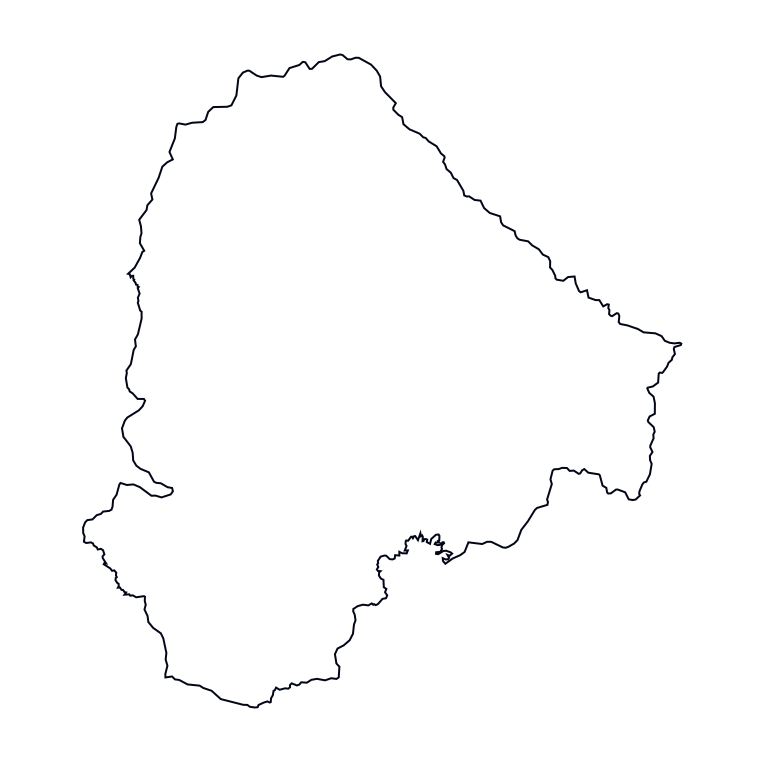 outline of Thung Chang, Nan, Thailand, rotated 92°
{"feature_id": "78962969B15263035639364", "entity_name": "Thung Chang", "entity_type": "district", "adm_level": 2, "iso_a3": "THA", "parent_name": "Thailand", "parent_adm1": "Nan", "projection": "orthographic", "projection_center": [100.958, 19.488], "detail": "fine", "context": "isolated", "style": "outline", "palette": "ink", "viewbox_px": 768, "rotation_deg": 92, "n_neighbors": 0, "source": "geoboundaries", "source_scale": "gbopen_adm2", "svg_char_len": 6127}
<svg xmlns="http://www.w3.org/2000/svg" viewBox="0 0 768 768"><g transform="rotate(92 384 384)"><path d="M486.4,124.2L485.1,125.1L482.5,125.0L475.3,122.3L473.3,120.8L472.5,118.4L465.0,115.1L454.5,113.7L450.9,115.4L446.6,115.8L442.6,113.3L438.0,115.7L436.3,115.7L428.9,112.7L425.1,113.1L422.3,111.8L417.8,112.9L412.8,118.5L411.2,119.1L407.2,117.4L404.3,112.3L393.6,112.6L387.2,114.2L383.6,118.6L379.3,120.7L378.5,120.4L377.0,115.1L373.0,110.1L364.1,109.8L363.0,108.9L363.2,106.5L362.5,105.6L356.7,101.7L352.9,100.4L349.8,97.2L347.2,96.7L343.9,94.3L338.8,95.6L336.9,95.0L334.7,88.7L333.3,88.3L332.5,89.8L333.3,95.4L332.8,100.1L331.0,104.9L326.5,108.2L323.9,114.5L323.3,126.4L320.2,132.1L316.9,142.9L315.8,150.0L313.9,151.6L307.8,151.2L305.4,152.3L305.1,153.9L308.2,158.3L307.9,159.8L306.3,161.5L302.3,161.3L300.3,162.5L296.8,162.1L296.5,163.8L298.8,167.6L292.7,171.7L292.7,175.7L290.5,182.6L283.2,184.4L285.5,190.6L284.3,192.3L276.8,195.9L269.9,197.3L270.7,203.8L274.6,208.4L273.7,215.0L272.5,216.3L269.8,216.7L264.0,219.8L261.8,222.1L255.5,222.2L251.5,224.2L249.1,229.8L244.0,233.9L240.3,240.7L236.4,244.9L235.1,253.4L233.9,255.6L231.1,257.6L226.7,258.8L221.3,270.5L218.3,272.6L212.4,273.8L209.4,284.2L204.7,290.1L197.4,293.9L196.9,299.9L193.5,305.5L193.7,308.1L192.7,310.4L188.2,311.4L177.5,318.2L175.8,321.7L170.5,324.6L167.0,329.0L162.4,330.7L159.9,332.7L155.7,331.3L154.3,331.6L151.6,335.1L144.6,339.7L140.0,347.8L136.6,351.0L136.1,353.4L132.6,357.1L128.6,367.4L123.7,373.6L116.7,375.2L114.4,379.1L109.6,384.2L107.5,384.4L102.9,382.0L92.3,393.2L86.6,397.3L76.9,398.6L71.1,402.2L65.2,408.2L58.9,420.6L58.9,423.7L60.8,428.7L60.7,431.8L56.7,436.9L56.2,439.3L58.5,447.2L63.4,454.5L64.6,460.4L71.5,466.9L71.7,469.3L65.2,473.9L64.9,476.4L68.1,479.7L71.6,489.5L79.5,494.2L80.5,495.6L79.7,507.7L81.6,517.1L80.2,522.0L75.6,529.5L75.6,531.4L77.7,535.9L83.6,540.2L100.8,541.6L110.8,546.2L112.4,550.2L113.2,564.3L118.2,569.2L126.4,571.6L128.6,574.3L129.6,584.9L131.7,591.5L130.7,597.8L131.2,599.5L134.2,600.5L145.9,601.6L159.6,606.5L166.9,602.9L170.0,608.4L174.5,613.1L185.7,616.4L201.7,623.4L207.7,621.9L213.6,626.7L218.5,627.4L228.4,634.4L234.9,632.4L241.9,631.6L245.4,632.6L251.8,632.9L259.2,628.3L260.5,630.1L266.5,632.2L276.5,637.3L282.8,643.6L283.1,642.0L286.2,640.9L284.7,639.6L284.6,638.4L287.7,638.2L288.4,637.3L289.2,637.8L291.4,635.9L293.2,635.4L293.7,633.7L295.7,633.5L295.8,632.6L297.0,633.4L302.2,631.4L306.4,633.0L309.6,632.3L311.3,632.9L319.1,630.2L320.2,628.8L327.1,628.5L343.0,631.7L348.2,634.4L355.1,633.3L358.5,635.3L373.0,637.7L379.6,641.9L381.9,641.4L387.2,642.2L396.5,640.3L398.1,638.6L400.3,637.9L402.1,634.9L407.5,629.7L407.3,623.4L409.1,622.2L414.6,624.4L418.9,628.1L426.5,639.4L429.7,641.7L437.4,644.3L445.9,642.6L455.1,635.0L461.4,632.8L469.1,632.0L474.2,628.7L477.3,624.4L480.5,615.9L489.6,610.5L490.7,608.3L491.0,603.6L494.7,596.7L495.3,592.2L498.5,591.2L501.8,593.3L505.1,602.4L503.5,608.5L503.8,612.5L495.6,624.4L493.1,630.9L493.9,637.4L492.1,643.9L493.8,645.0L504.0,647.4L509.2,650.7L516.1,651.0L519.1,652.0L520.4,654.2L521.3,660.3L523.7,662.4L525.1,666.5L529.5,670.6L530.4,675.8L532.6,677.8L538.0,679.7L543.5,679.4L546.7,677.9L552.1,678.4L553.3,676.1L552.5,671.3L553.6,669.2L555.5,668.5L557.3,665.3L559.4,664.3L558.6,661.2L559.9,659.0L564.0,657.5L566.0,659.2L567.7,659.1L572.9,655.5L572.6,657.1L573.9,657.8L577.8,651.2L580.2,649.2L579.7,647.0L581.9,645.0L584.7,645.2L586.3,644.3L587.1,645.3L589.4,645.5L592.2,643.6L592.8,642.3L595.3,642.0L596.8,642.8L596.6,640.8L598.8,639.2L599.1,637.4L601.0,636.1L601.3,634.5L603.6,636.0L603.1,631.2L604.4,630.3L604.0,627.7L605.8,624.2L604.4,616.5L604.9,615.5L609.3,615.5L612.9,614.4L617.7,615.5L624.1,612.2L630.1,611.2L635.8,606.2L641.0,598.3L645.9,595.7L660.4,592.1L667.0,592.6L673.2,590.6L681.4,592.4L684.9,592.2L683.7,585.6L686.5,582.6L686.9,578.4L691.1,569.8L691.9,557.7L694.1,554.0L696.6,545.6L704.6,536.1L709.5,513.6L709.5,509.3L711.3,506.7L711.8,501.7L711.4,499.0L709.2,498.2L706.6,493.1L705.3,489.4L706.3,487.2L705.9,486.1L702.0,485.9L698.8,484.2L694.6,483.7L693.8,482.4L691.2,481.3L693.2,477.6L691.6,472.3L691.8,468.9L690.2,467.3L688.2,467.5L686.4,465.8L688.3,460.5L687.4,458.2L685.0,456.3L685.2,450.7L682.2,446.3L681.0,440.8L682.2,432.5L679.9,426.5L680.4,421.2L678.8,419.0L668.1,418.7L665.0,421.8L655.7,423.6L650.0,421.2L646.7,415.3L641.3,409.4L634.7,406.3L625.4,405.6L621.1,404.2L615.7,405.2L612.3,406.8L609.9,406.8L606.9,402.5L605.3,397.4L605.8,391.9L603.7,388.6L605.0,387.1L604.3,386.3L605.3,384.6L604.2,382.4L598.8,378.0L598.0,374.5L595.1,373.4L592.1,375.7L588.7,374.5L587.1,377.1L579.7,377.7L578.5,380.4L575.6,382.4L572.5,382.3L571.2,381.0L571.0,383.6L569.6,384.7L567.1,383.3L564.6,384.5L563.2,383.6L561.1,384.0L556.7,381.4L555.4,377.6L555.6,375.7L558.8,372.2L559.0,369.2L558.0,367.2L554.7,366.9L554.9,362.7L551.2,362.8L552.5,360.0L552.5,355.4L549.5,354.4L549.7,357.5L545.1,355.8L543.2,356.9L540.3,356.8L539.6,356.3L539.8,354.4L535.7,351.6L535.6,350.7L537.1,349.7L535.0,348.6L534.9,347.5L538.9,344.6L531.9,342.4L534.8,341.7L534.0,340.6L535.3,339.9L539.8,340.0L539.5,339.0L537.6,338.2L537.5,337.0L538.0,335.4L540.5,335.7L542.1,332.4L537.3,331.4L532.9,326.9L532.5,324.2L533.8,323.3L538.1,323.3L538.9,324.5L540.5,323.1L540.6,326.9L542.2,327.7L543.2,324.9L542.8,322.3L540.1,319.9L540.1,318.8L541.1,318.4L542.8,320.2L545.4,320.9L546.9,320.2L549.8,322.0L550.3,326.0L551.9,326.1L552.2,323.9L549.0,319.1L548.4,316.4L549.9,311.5L551.1,310.0L553.4,312.4L552.6,314.6L555.5,312.9L556.9,313.9L557.2,316.2L556.0,319.2L558.8,318.9L561.5,316.4L556.0,309.3L552.4,301.9L549.1,297.6L539.3,294.1L540.5,280.3L538.1,275.5L538.0,271.3L543.2,259.5L543.4,256.5L542.3,253.9L538.9,248.4L535.3,245.1L525.0,241.7L516.2,235.4L504.6,228.8L502.5,226.7L499.1,216.5L496.2,216.0L493.8,217.0L478.1,212.8L473.4,214.3L464.6,212.4L463.3,210.9L462.9,206.4L461.6,203.1L461.6,198.2L464.4,195.4L463.9,191.3L467.0,186.2L466.5,184.8L463.4,183.0L462.0,180.9L465.5,176.8L466.8,166.1L467.8,165.1L478.0,162.0L480.0,158.2L484.7,157.2L485.6,156.1L485.4,153.5L481.4,148.4L481.3,146.8L483.8,139.2L490.7,135.4L491.3,131.6L490.7,128.5L486.4,124.2Z" fill="none" stroke="#020617" stroke-width="2"/></g></svg>